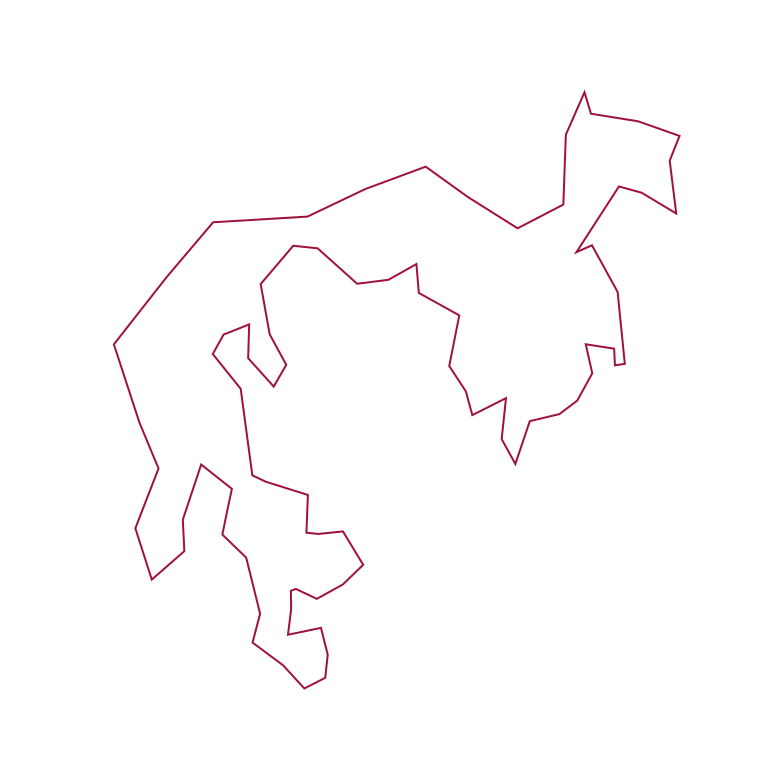 Sai Kung, Mercator projection, rotated 6°
{"feature_id": "HKG-5162", "entity_name": "Sai Kung", "entity_type": "state/province", "adm_level": 1, "iso_a3": "HKG", "parent_name": "Hong Kong S.A.R.", "parent_adm1": "", "projection": "mercator", "projection_center": [114.312, 22.352], "detail": "fine", "context": "isolated", "style": "outline", "palette": "rose", "viewbox_px": 768, "rotation_deg": 6, "n_neighbors": 0, "source": "natural_earth", "source_scale": "10m", "svg_char_len": 1156}
<svg xmlns="http://www.w3.org/2000/svg" viewBox="0 0 768 768"><g transform="rotate(6 384 384)"><path d="M552.9,72.9L561.6,93.6L609.2,96.2L652.0,106.4L644.8,132.0L656.8,183.9L620.1,166.8L597.0,163.0L561.6,232.8L576.3,224.3L606.7,268.0L621.4,338.8L611.7,341.3L609.2,324.8L580.5,323.4L590.0,351.6L578.0,380.2L561.6,395.6L532.9,405.7L523.0,449.8L506.8,426.5L506.8,385.3L475.1,405.7L466.2,382.8L447.0,359.3L451.7,307.9L409.1,289.8L403.7,261.3L377.5,279.9L346.8,287.1L303.8,256.0L279.3,256.0L250.9,297.5L265.1,346.5L284.8,375.1L274.6,398.1L246.2,372.5L243.7,338.8L219.3,351.6L210.6,372.1L242.0,403.8L262.6,488.6L276.8,493.6L319.9,502.3L322.4,540.0L334.4,540.0L358.6,534.9L382.2,566.0L364.0,587.7L339.6,604.7L317.7,597.0L313.0,599.5L315.2,617.7L314.7,643.4L346.8,633.1L356.3,659.0L356.3,682.3L336.6,695.1L313.0,674.3L280.3,654.9L284.8,625.4L265.1,571.1L239.0,550.7L241.5,524.7L243.7,504.2L210.6,483.2L198.1,540.0L202.9,571.1L173.5,602.8L151.8,553.5L168.6,491.6L144.7,447.7L111.2,372.8L156.6,300.5L197.2,241.0L290.4,225.5L345.3,191.9L402.7,163.5L448.1,189.4L500.6,215.2L543.6,186.8L538.8,117.0L552.9,72.9Z" fill="none" stroke="#9f1239" stroke-width="2"/></g></svg>